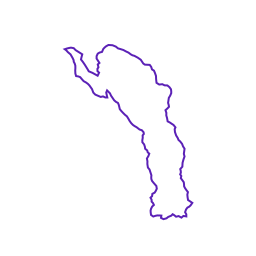 Rubiácea, São Paulo, Brazil (Albers equal-area conic projection), rotated 297°
{"feature_id": "56859067B43286600004708", "entity_name": "Rubiácea", "entity_type": "district", "adm_level": 2, "iso_a3": "BRA", "parent_name": "Brazil", "parent_adm1": "São Paulo", "projection": "albers", "projection_center": [-50.795, -21.344], "detail": "fine", "context": "isolated", "style": "outline", "palette": "violet", "viewbox_px": 256, "rotation_deg": 297, "n_neighbors": 0, "source": "geoboundaries", "source_scale": "gbopen_adm2", "svg_char_len": 2707}
<svg xmlns="http://www.w3.org/2000/svg" viewBox="0 0 256 256"><g transform="rotate(297 128 128)"><path d="M61.0,188.0L60.6,190.7L62.2,192.3L63.4,193.8L64.3,195.6L65.1,197.5L62.9,198.2L62.9,201.0L65.0,203.3L67.0,204.2L69.6,206.4L71.4,206.9L71.3,208.8L70.8,211.1L72.5,213.1L72.4,216.3L74.8,217.3L75.7,220.1L77.6,219.1L78.9,217.1L81.8,216.7L84.1,217.1L85.6,218.2L87.5,218.9L90.5,219.3L90.8,216.9L91.1,214.2L93.4,212.5L95.6,211.1L98.1,210.5L99.3,208.0L100.4,206.0L101.5,204.5L103.4,203.4L105.0,202.3L106.0,200.4L107.3,197.8L109.4,197.3L110.4,195.5L112.1,195.4L113.7,194.5L115.1,193.2L118.2,194.0L121.8,192.4L125.3,191.7L128.3,191.3L130.3,189.5L135.2,187.8L136.6,185.4L138.4,183.4L139.7,180.6L140.3,178.4L141.7,176.8L143.2,174.3L145.7,171.7L148.2,170.1L150.1,170.0L151.4,167.1L151.6,165.0L151.9,162.8L151.9,160.3L154.7,158.2L156.6,156.4L158.9,155.3L160.9,153.3L163.2,154.2L165.5,154.9L167.0,153.8L168.6,152.3L170.7,151.6L173.4,150.7L176.0,150.9L178.7,150.7L180.6,149.7L182.0,148.7L183.2,146.4L183.8,143.8L182.6,141.2L182.6,138.7L180.9,136.1L181.2,132.9L184.4,130.8L187.1,129.3L189.3,127.0L190.9,125.1L191.1,122.8L193.0,120.9L194.1,118.7L192.1,114.2L192.4,112.3L194.6,108.4L195.1,104.8L195.2,100.9L194.8,98.9L194.9,96.9L195.4,94.2L195.3,91.5L195.4,88.5L194.8,84.9L194.4,83.0L195.0,80.2L194.7,76.6L193.1,72.9L190.9,71.4L189.0,70.6L187.2,70.1L184.0,70.3L182.3,68.4L180.5,67.3L177.8,67.4L175.6,68.5L173.0,73.0L170.9,72.2L168.7,74.1L166.8,73.9L164.8,75.0L164.2,77.1L160.8,77.2L161.0,71.3L160.7,67.3L161.9,65.5L164.7,60.9L166.5,57.6L167.7,55.0L170.1,54.4L172.9,53.8L173.6,46.0L174.5,43.4L173.7,40.7L172.5,39.1L171.2,37.6L169.5,35.9L169.2,37.7L168.3,40.0L167.5,43.4L165.2,46.9L163.8,48.7L162.4,49.6L161.2,51.3L159.6,52.8L157.3,54.0L155.4,54.8L152.6,56.4L150.7,58.2L151.4,60.3L151.6,62.3L150.5,64.9L149.6,67.2L149.5,69.9L149.1,72.3L148.4,74.3L146.3,78.3L143.8,81.0L142.9,83.7L143.3,89.6L144.8,91.4L144.9,93.9L145.8,95.7L147.1,94.6L149.7,92.5L152.0,92.3L150.7,96.2L149.1,98.2L147.9,100.4L146.4,103.1L145.8,105.6L145.8,107.6L144.6,109.1L142.9,110.6L141.1,112.1L140.2,114.1L139.3,116.5L138.4,119.3L137.9,121.7L136.4,124.2L135.1,126.1L133.8,128.6L133.0,130.9L132.7,133.0L132.6,135.3L131.9,139.0L132.3,141.3L131.3,143.8L129.9,144.8L128.1,144.4L125.9,145.6L123.6,146.3L121.8,147.3L120.7,149.8L118.9,151.6L117.3,152.7L116.7,155.3L115.3,156.6L114.8,158.6L112.2,158.9L109.4,158.7L107.2,160.4L104.7,161.6L101.8,163.7L100.8,166.0L99.2,167.6L96.5,170.3L94.8,171.0L93.2,171.9L91.8,173.4L90.8,175.6L89.2,179.6L87.0,181.2L84.6,181.3L82.5,181.1L80.4,179.6L78.2,180.4L76.1,179.7L74.8,181.6L73.1,182.5L72.5,184.3L71.2,186.0L69.0,185.2L66.5,185.2L64.7,185.6L63.0,186.6L61.0,188.0Z" fill="none" stroke="#5b21b6" stroke-width="2"/></g></svg>